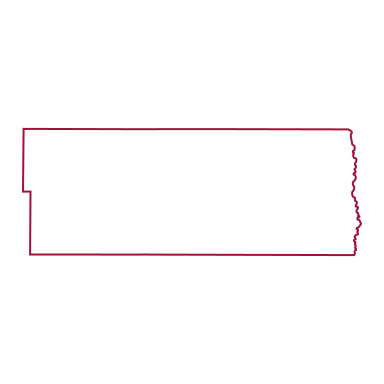 the district of Walsh, North Dakota, United States of America
{"feature_id": "52423323B16407049475855", "entity_name": "Walsh", "entity_type": "district", "adm_level": 2, "iso_a3": "USA", "parent_name": "United States of America", "parent_adm1": "North Dakota", "projection": "equal_earth", "projection_center": [-97.196, 48.369], "detail": "fine", "context": "isolated", "style": "outline", "palette": "rose", "viewbox_px": 384, "rotation_deg": 0, "n_neighbors": 0, "source": "geoboundaries", "source_scale": "gbopen_adm2", "svg_char_len": 2018}
<svg xmlns="http://www.w3.org/2000/svg" viewBox="0 0 384 384"><path d="M23.6,128.9L23.0,191.6L30.5,191.6L30.1,254.5L139.5,254.6L146.5,254.5L148.2,254.6L354.0,255.1L354.9,253.6L354.6,251.7L354.7,251.1L355.0,250.5L355.9,250.1L356.0,249.0L355.2,248.2L355.1,247.3L355.7,246.5L355.7,245.9L355.6,245.2L355.1,244.9L354.9,244.4L355.0,243.7L355.4,243.3L355.5,242.6L355.4,242.3L354.6,241.9L354.1,241.2L354.0,240.3L354.4,239.8L355.6,239.2L355.6,238.7L354.8,237.5L354.7,236.5L354.9,236.1L356.2,234.8L357.4,234.6L357.8,234.2L358.0,233.5L357.9,233.1L357.4,232.4L357.3,231.9L357.4,231.6L358.0,230.8L358.0,230.1L357.6,229.4L356.9,229.2L356.6,228.9L356.7,228.4L357.1,227.8L358.5,227.3L358.8,227.1L361.0,224.0L360.9,223.5L360.6,222.6L359.4,220.3L358.5,219.6L358.0,219.6L357.5,219.3L357.4,218.2L357.6,217.5L357.9,217.2L359.1,217.2L359.3,216.9L359.4,216.4L359.3,216.2L358.3,215.4L358.3,213.4L358.0,213.0L356.9,212.5L356.6,212.1L356.5,211.1L356.7,210.1L356.8,209.6L357.2,209.3L357.9,208.3L357.9,207.4L357.8,207.0L356.8,206.6L356.1,206.7L355.8,206.4L355.8,205.4L356.6,203.9L356.9,202.4L356.7,201.9L355.0,200.6L354.8,199.6L355.1,198.5L355.0,197.9L354.4,197.4L353.3,197.0L352.2,195.1L352.2,192.6L352.3,191.9L352.6,191.4L353.2,191.0L353.8,189.9L354.3,187.7L354.3,187.1L354.1,186.4L353.3,185.6L352.9,184.7L352.8,182.7L352.9,182.3L353.3,181.7L354.3,180.9L355.5,179.1L355.8,178.2L355.6,176.4L354.8,174.9L353.7,174.6L353.6,173.6L353.8,173.3L355.2,172.7L355.6,171.9L355.6,171.1L355.0,170.6L354.6,169.7L354.5,169.1L355.4,168.2L355.8,167.6L356.0,166.3L355.7,165.4L355.1,165.0L355.0,164.7L355.0,163.5L355.2,163.0L356.1,161.8L356.4,160.3L356.4,159.1L356.0,158.6L353.8,157.6L353.5,156.8L353.2,155.7L353.3,154.1L353.8,153.8L354.0,153.2L353.6,152.6L353.0,152.2L352.9,151.3L353.3,150.8L354.3,150.2L354.5,149.6L354.7,146.7L354.2,145.8L352.6,144.8L352.2,144.1L352.1,143.4L350.7,136.0L351.0,134.2L351.8,133.0L351.8,132.3L351.4,131.4L350.4,130.6L348.8,129.8L348.4,129.4L206.6,129.1L133.4,129.2L23.6,128.9Z" fill="none" stroke="#9f1239" stroke-width="2"/></svg>